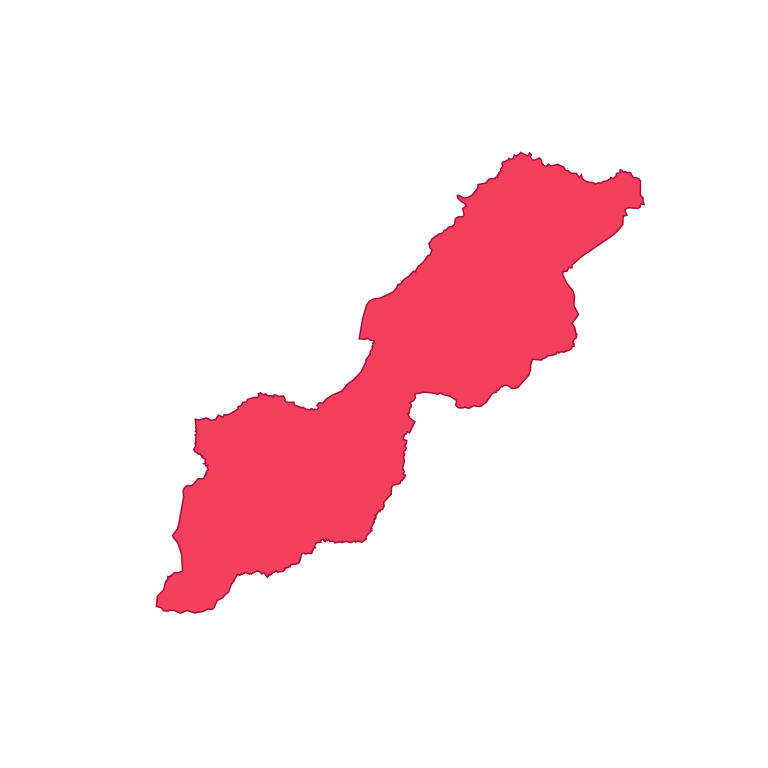 the district of Si Samrong, Sukhothai, Thailand, rotated 301°
{"feature_id": "78962969B21904854514402", "entity_name": "Si Samrong", "entity_type": "district", "adm_level": 2, "iso_a3": "THA", "parent_name": "Thailand", "parent_adm1": "Sukhothai", "projection": "albers", "projection_center": [99.692, 17.177], "detail": "fine", "context": "isolated", "style": "filled", "palette": "rose", "viewbox_px": 768, "rotation_deg": 301, "n_neighbors": 0, "source": "geoboundaries", "source_scale": "gbopen_adm2", "svg_char_len": 6159}
<svg xmlns="http://www.w3.org/2000/svg" viewBox="0 0 768 768"><g transform="rotate(301 384 384)"><path d="M275.9,447.3L279.2,447.1L282.4,444.7L293.3,446.9L299.2,443.8L301.6,443.5L306.8,448.9L310.1,448.4L310.6,449.2L315.5,449.8L316.8,449.2L316.9,446.5L319.2,446.6L321.6,443.2L328.2,441.4L332.3,437.7L333.2,438.3L334.8,437.6L335.2,436.0L337.5,436.0L338.2,436.7L340.4,436.2L342.5,433.2L344.2,433.8L347.3,432.6L346.4,429.1L351.1,427.4L352.7,428.8L355.0,428.1L355.3,431.0L367.5,430.0L368.1,423.7L370.7,420.0L372.2,420.6L376.3,418.6L377.8,419.1L380.0,418.3L381.1,415.9L385.3,418.0L388.3,418.2L391.2,415.6L397.7,422.7L401.3,430.2L402.9,435.5L405.3,436.7L405.7,441.4L407.4,446.5L407.4,453.8L406.5,455.2L402.6,456.3L402.0,460.1L403.9,463.7L405.8,465.1L406.7,469.2L411.8,472.4L413.4,476.7L415.1,478.7L420.9,481.0L432.0,481.8L434.6,484.5L437.0,484.2L437.3,485.1L442.4,485.9L442.5,486.9L444.5,487.4L445.7,488.9L446.6,492.2L445.8,495.7L447.9,498.9L450.0,500.5L466.0,503.6L471.4,502.4L475.3,500.2L481.6,498.4L485.7,506.8L486.9,506.8L489.9,509.1L492.3,509.8L495.5,513.8L498.7,516.4L499.8,515.6L500.7,516.2L500.5,517.9L502.8,518.9L504.2,522.2L506.1,522.6L506.2,523.6L508.6,525.4L511.2,526.6L512.5,526.1L514.3,527.6L516.4,526.1L516.3,524.5L519.3,523.9L522.4,525.0L524.4,524.5L524.9,523.4L526.0,523.8L526.3,522.3L530.3,518.8L532.9,514.1L543.8,514.9L548.9,506.4L557.1,502.2L560.8,498.4L564.7,488.5L569.6,481.1L572.7,479.6L575.0,482.7L578.8,482.5L580.3,485.3L582.5,484.1L584.2,484.3L594.9,487.6L629.7,503.7L636.5,505.6L643.6,506.6L650.9,502.6L653.8,505.3L656.6,501.4L657.8,500.9L661.1,502.8L665.2,511.3L667.3,512.3L670.6,511.4L671.9,514.4L674.2,511.8L677.1,510.1L677.6,506.8L690.5,499.0L690.2,497.9L691.2,497.0L690.6,493.5L689.2,491.2L690.3,489.9L690.4,488.3L691.9,487.2L691.6,485.0L690.0,483.7L690.6,481.7L688.4,479.3L689.5,478.2L689.6,476.4L688.8,476.2L686.6,477.6L684.1,474.7L682.7,475.7L678.3,475.1L677.9,472.0L676.0,472.3L674.9,471.1L673.4,470.9L670.3,467.4L668.1,467.0L666.7,463.9L664.2,462.3L664.3,459.1L662.2,455.1L661.7,452.0L662.3,448.0L665.0,445.5L662.2,445.0L661.7,444.2L663.6,440.5L660.8,435.2L661.8,432.6L660.7,429.5L662.4,426.6L661.8,419.8L656.8,414.9L657.1,411.8L654.3,411.1L653.6,409.4L654.6,405.2L657.0,403.9L657.8,400.7L653.5,398.0L652.7,395.7L654.0,392.6L656.6,392.2L657.1,389.9L653.4,389.8L652.8,381.7L650.5,381.6L647.6,379.8L647.4,377.8L643.4,378.4L641.9,377.2L641.7,374.8L639.9,374.9L636.3,372.7L635.9,371.7L634.1,371.4L631.6,373.8L628.4,373.0L626.8,374.5L624.3,373.6L623.4,374.6L621.3,373.7L619.7,374.7L619.1,373.4L617.6,373.4L613.8,368.5L608.6,367.8L603.5,362.0L600.1,363.3L594.3,362.7L591.6,362.3L587.7,360.2L584.6,356.9L584.1,350.3L583.4,349.7L581.3,351.4L580.1,357.0L580.5,359.7L578.8,363.1L575.0,361.0L570.3,365.5L568.8,365.7L567.4,365.1L567.0,363.3L565.3,361.6L562.7,360.1L556.9,362.2L554.4,361.5L551.6,358.5L548.0,358.0L546.8,356.3L543.6,356.6L540.3,353.4L538.4,353.3L538.2,352.5L532.9,350.3L530.4,350.8L527.9,350.0L525.0,352.6L523.8,354.4L523.9,355.8L518.6,357.1L516.6,355.4L508.3,354.9L502.4,352.7L498.1,352.7L496.6,353.4L496.0,351.2L489.2,349.8L483.6,347.2L478.7,346.7L476.0,344.6L473.4,345.5L467.4,344.3L455.6,336.4L451.2,331.0L447.5,328.9L442.8,328.4L428.5,332.2L409.9,339.5L412.7,344.8L414.4,345.5L413.9,346.2L414.8,347.2L414.6,349.7L415.8,353.5L414.4,354.4L413.3,353.4L411.8,354.6L409.8,354.5L409.4,355.5L404.5,355.6L401.9,357.2L401.6,356.6L395.1,356.0L394.8,357.0L382.5,358.1L370.4,355.3L365.5,352.8L356.1,351.4L347.5,345.2L341.5,342.3L336.1,341.4L334.6,338.1L331.1,337.6L330.1,340.0L327.7,340.1L326.8,337.8L325.5,336.8L325.5,334.3L323.8,333.9L322.2,330.2L322.3,326.2L321.1,325.7L321.2,324.4L320.4,323.9L320.9,322.6L319.7,317.8L322.0,316.3L318.1,309.8L318.4,307.6L320.3,306.8L321.9,303.7L319.0,300.2L319.1,297.4L317.9,295.4L315.6,295.4L316.0,294.1L314.0,289.8L314.6,287.5L312.6,286.2L312.9,282.8L311.0,281.2L309.9,282.7L307.1,282.3L305.5,279.3L300.5,275.0L297.9,275.4L295.7,272.6L291.9,272.8L289.4,270.5L287.3,271.8L279.0,267.3L276.6,265.4L275.4,262.8L272.6,263.1L272.1,257.9L266.8,257.9L263.7,254.5L263.6,249.4L258.1,244.4L256.6,240.4L252.2,243.5L252.1,244.3L250.0,244.8L247.9,246.7L246.4,246.8L246.4,248.2L244.1,248.8L243.0,248.3L242.3,250.0L239.0,251.2L237.1,253.2L235.9,252.5L234.5,254.3L229.6,254.8L228.5,257.0L228.9,259.1L228.2,261.0L229.4,262.7L228.7,263.3L228.7,265.6L227.7,265.3L227.2,267.2L227.5,270.2L225.6,270.4L224.2,271.8L223.1,271.0L223.4,272.2L222.1,273.4L223.6,274.8L221.6,275.2L220.0,277.5L218.3,276.8L217.1,277.0L216.5,278.0L215.7,277.4L214.2,278.3L212.8,277.6L210.0,278.3L207.0,273.4L199.2,272.1L197.7,271.3L195.6,267.6L191.9,266.4L189.1,266.8L183.8,270.5L159.1,279.9L153.7,281.5L145.4,280.8L144.0,282.4L141.7,289.0L134.2,297.8L119.8,307.7L115.9,304.5L114.5,301.5L109.4,300.3L109.6,299.6L108.3,299.6L107.6,297.9L105.6,299.1L102.3,298.7L94.1,301.1L85.1,299.1L76.2,303.4L77.5,308.5L76.1,311.8L78.1,316.1L80.0,316.9L81.9,321.0L82.5,327.4L88.3,331.8L90.3,339.7L95.9,346.1L100.2,348.9L102.4,352.8L104.7,353.5L112.4,352.5L117.9,355.9L122.0,356.4L125.6,357.9L133.8,356.3L137.9,357.0L138.1,356.4L145.2,356.6L145.7,358.9L147.4,359.4L147.9,360.6L151.0,362.2L151.8,366.7L152.8,367.0L152.8,368.1L158.6,371.6L159.0,374.3L158.2,377.1L159.8,377.6L160.3,378.6L158.2,383.6L161.6,384.1L161.5,384.8L163.8,385.8L164.4,385.1L166.2,387.1L168.3,387.5L168.7,388.1L168.0,388.7L168.6,389.4L168.0,390.0L171.3,393.9L173.9,394.8L175.2,393.8L177.3,396.4L179.5,396.9L179.1,397.5L181.8,397.4L183.5,400.7L186.4,403.1L189.9,402.8L195.8,400.9L197.1,401.2L198.0,402.5L197.6,404.2L199.4,405.7L201.4,409.2L207.2,408.3L208.3,409.5L209.3,408.1L211.8,407.6L213.2,407.9L215.8,411.4L216.8,410.3L218.8,411.0L219.6,412.3L218.6,413.2L218.8,415.0L221.2,414.2L220.4,416.0L221.9,417.0L221.1,419.0L222.1,419.5L223.0,422.3L222.5,423.8L225.3,426.5L226.4,429.6L227.3,429.4L227.1,430.2L229.5,432.4L231.0,437.3L234.6,440.0L233.9,441.1L235.6,442.1L237.1,446.7L242.3,448.7L242.7,447.7L245.2,447.2L252.3,449.0L252.1,447.7L253.6,447.3L253.9,447.9L254.3,447.0L260.1,446.7L260.6,447.4L260.4,446.7L263.5,445.2L263.8,446.0L265.9,445.8L265.6,444.9L267.1,443.9L267.4,444.8L273.0,445.1L272.7,446.2L274.0,445.9L275.9,447.3Z" fill="#f43f5e" stroke="#9f1239" stroke-width="1.5"/></g></svg>